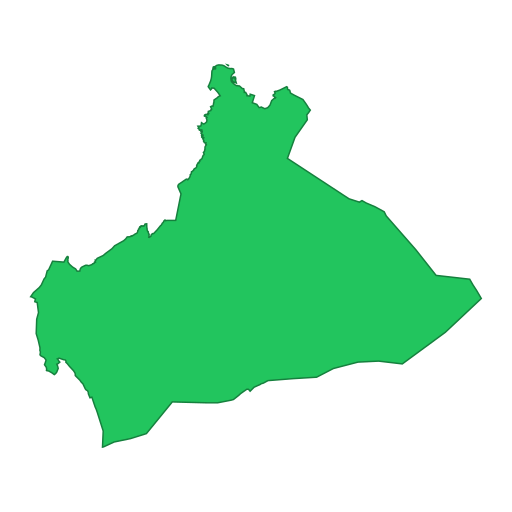 Melhus nor, Sør-Trøndelag, Norway (Albers equal-area conic projection)
{"feature_id": "86288312B97150685823203", "entity_name": "Melhus nor", "entity_type": "district", "adm_level": 2, "iso_a3": "NOR", "parent_name": "Norway", "parent_adm1": "Sør-Trøndelag", "projection": "albers", "projection_center": [10.176, 63.18], "detail": "fine", "context": "isolated", "style": "filled", "palette": "green", "viewbox_px": 512, "rotation_deg": 0, "n_neighbors": 0, "source": "geoboundaries", "source_scale": "gbopen_adm2", "svg_char_len": 5893}
<svg xmlns="http://www.w3.org/2000/svg" viewBox="0 0 512 512"><path d="M30.7,296.7L31.6,296.9L35.5,298.9L35.3,299.4L34.8,301.7L37.2,302.5L38.5,312.6L36.7,319.2L36.2,333.6L38.2,340.1L40.0,347.9L39.9,350.4L40.4,351.9L40.3,352.9L40.0,354.8L40.7,355.7L44.5,357.8L44.7,358.3L45.9,359.8L46.0,360.3L45.2,362.9L44.5,364.7L46.3,367.3L46.7,369.4L46.4,370.3L46.6,370.6L48.7,371.0L51.7,372.7L54.3,374.6L55.6,373.6L56.7,372.2L58.2,368.4L57.6,366.0L56.8,364.2L58.0,363.7L59.8,362.1L59.0,361.3L58.1,359.7L57.3,358.9L59.0,358.1L63.6,359.7L65.0,359.9L65.7,360.4L66.0,361.4L65.9,362.3L67.2,363.5L69.5,366.4L73.6,370.8L74.8,372.7L75.2,373.7L75.3,375.6L79.9,380.2L81.2,382.1L82.9,383.8L85.3,388.9L86.1,389.9L87.6,390.8L88.2,392.1L88.4,393.9L90.0,397.8L91.9,397.2L95.1,406.8L96.1,409.0L97.2,412.1L103.2,431.0L102.5,447.1L103.5,446.9L114.1,442.0L130.5,438.6L146.4,433.6L172.3,401.9L207.1,402.8L217.6,402.8L231.0,400.2L233.5,399.5L238.8,395.3L240.6,393.6L246.7,389.3L248.2,389.2L248.8,389.6L250.1,391.2L254.1,387.2L260.5,384.3L261.0,383.8L263.4,383.1L268.0,380.6L293.5,378.6L316.6,377.2L333.4,368.5L358.0,362.1L378.6,361.1L402.3,363.9L445.3,332.3L481.3,298.5L476.8,290.8L472.9,284.8L469.7,279.2L436.1,275.4L415.8,249.7L386.2,215.9L384.2,211.8L375.3,206.9L366.2,203.0L362.0,200.6L360.0,201.7L359.6,202.2L349.0,198.8L287.4,158.4L295.0,137.3L307.3,119.8L306.8,114.8L308.5,112.8L310.3,110.1L308.3,107.7L308.0,107.0L306.3,104.3L302.9,99.5L294.1,95.1L290.4,93.0L290.3,92.1L289.9,91.3L289.8,90.4L289.3,90.0L287.9,89.6L287.6,89.2L287.4,87.2L286.6,86.7L280.0,90.0L276.4,91.3L275.2,91.3L274.5,91.7L275.2,93.1L274.6,94.0L273.1,95.0L273.1,95.3L273.3,95.6L273.3,96.0L274.1,96.2L274.1,96.3L274.6,96.7L274.6,97.1L275.6,97.6L275.2,98.2L273.9,98.6L271.7,100.6L270.0,105.1L267.7,107.7L264.8,108.7L261.2,107.0L260.3,107.4L259.1,107.6L256.8,104.4L252.3,102.7L254.5,95.6L250.2,94.2L249.9,96.1L246.9,95.7L247.0,94.7L245.6,92.3L244.3,92.4L244.3,91.4L243.7,88.7L242.4,88.6L239.5,86.0L236.3,85.6L235.4,85.1L233.8,83.9L231.6,81.8L231.2,80.8L231.0,79.6L231.0,79.3L230.8,78.4L231.2,76.3L232.1,74.5L234.4,72.5L233.5,69.0L231.9,68.5L230.1,68.6L227.8,68.1L226.3,67.3L223.9,65.7L222.0,65.1L218.8,64.9L216.9,65.3L215.5,66.2L215.2,66.7L215.3,66.9L215.0,67.4L215.0,68.1L215.1,68.3L215.6,68.2L215.6,68.4L215.5,68.8L215.1,68.6L214.9,68.2L214.9,67.1L214.7,66.7L213.9,66.7L213.2,67.1L213.1,67.6L213.5,67.3L213.6,67.6L213.4,67.9L213.6,68.1L213.9,67.5L214.1,67.5L214.2,68.9L214.1,69.1L213.6,69.2L213.9,68.6L213.9,68.2L213.5,68.1L213.3,69.0L212.1,70.6L211.9,71.5L211.6,76.5L211.3,78.5L210.6,81.0L208.8,85.4L208.3,86.2L208.2,86.7L210.5,89.9L211.3,89.1L211.7,88.5L211.8,88.0L214.1,88.2L217.7,92.2L220.2,95.8L218.2,96.7L217.6,97.5L214.0,100.0L213.9,102.4L213.5,103.2L213.6,103.8L212.9,106.3L212.0,106.0L210.6,106.7L211.7,109.1L211.0,109.5L210.9,110.5L208.3,111.4L208.2,112.7L207.8,113.5L208.6,113.6L207.9,114.8L206.4,114.3L205.5,114.5L204.6,115.0L204.4,115.4L204.4,116.1L204.6,116.2L205.4,116.0L206.7,117.1L206.4,117.5L206.8,117.6L206.3,118.2L206.3,118.4L207.0,120.0L206.5,122.1L204.5,123.7L203.5,124.0L201.5,122.7L201.1,125.2L200.7,126.1L197.9,126.2L198.3,127.0L198.9,127.6L198.8,127.9L198.2,128.4L199.3,129.4L199.4,129.6L199.4,130.1L200.1,130.3L200.9,129.7L201.9,130.0L201.9,130.3L201.1,130.7L201.0,131.3L202.2,131.4L202.3,131.6L202.2,132.1L201.9,132.6L200.9,133.1L201.8,134.2L202.5,134.7L201.6,135.1L201.5,135.4L201.6,135.7L202.3,135.7L202.6,135.4L203.1,135.9L202.6,136.5L201.8,136.8L201.7,137.1L202.0,137.4L203.1,137.6L202.6,138.1L202.7,138.3L203.6,138.2L203.1,139.3L203.1,139.6L203.7,140.2L203.7,140.8L203.9,141.0L203.6,141.3L204.5,142.8L206.0,142.8L205.7,144.2L206.4,144.6L206.4,144.8L205.9,145.4L205.1,146.7L204.9,148.3L205.2,149.0L204.7,149.8L204.5,151.4L203.4,152.4L204.2,154.3L204.1,154.6L203.4,155.1L203.0,155.7L202.5,156.9L202.4,157.5L201.9,158.8L201.2,159.1L200.9,159.7L200.1,160.0L200.0,160.4L199.7,160.6L199.9,161.1L199.4,161.9L198.8,162.1L198.8,162.9L198.1,162.8L198.0,163.4L197.6,163.7L196.8,165.1L196.9,165.5L196.6,165.9L196.8,166.5L196.5,167.1L195.6,168.2L194.5,168.6L193.8,169.4L193.8,169.9L193.5,170.4L193.1,170.5L192.4,171.4L191.5,171.7L191.4,172.0L191.5,172.5L191.2,173.4L191.2,173.9L190.2,174.8L190.3,175.7L190.0,176.6L189.3,177.9L188.3,179.3L187.9,179.3L187.7,179.7L186.9,179.1L186.2,179.2L178.7,184.3L178.0,185.4L177.9,186.8L181.0,193.9L175.7,220.4L167.0,220.4L165.6,220.7L165.0,220.0L163.7,221.2L163.4,222.3L162.2,223.3L161.8,224.3L161.1,225.3L160.5,225.7L157.2,229.8L153.6,233.6L152.6,233.6L152.2,234.1L151.7,234.2L151.1,235.1L151.0,236.1L149.3,237.4L148.8,237.3L149.0,236.3L149.1,234.3L148.7,234.0L148.7,233.4L148.2,232.6L148.2,231.6L147.6,231.3L147.1,229.7L147.1,228.8L146.8,227.2L146.7,223.8L145.1,224.0L144.7,224.7L144.8,224.9L143.8,226.2L143.4,226.2L143.0,225.8L142.0,226.3L141.7,225.8L141.0,225.9L140.5,226.5L140.3,227.3L139.7,227.0L139.0,228.7L138.7,229.0L138.8,229.1L138.3,230.1L137.8,230.5L137.8,231.2L137.7,231.7L136.9,233.2L135.1,234.0L133.2,235.4L131.4,235.9L131.6,236.2L129.4,236.8L127.2,236.9L125.8,238.8L123.7,240.7L114.7,245.7L112.0,248.7L105.5,253.5L103.2,255.5L97.3,258.3L95.8,260.1L95.6,260.6L95.3,260.4L95.3,261.4L95.1,261.9L95.2,262.1L94.6,262.0L94.3,262.3L94.3,263.1L93.6,263.6L92.6,263.8L91.9,264.6L88.7,265.7L86.9,265.2L85.5,265.3L81.8,267.1L80.7,268.2L80.2,269.2L79.8,271.1L77.1,271.2L75.6,268.9L72.5,267.0L69.5,264.3L68.2,262.4L67.8,261.6L68.0,260.5L67.8,259.5L68.2,258.0L68.2,257.1L67.9,256.6L67.3,256.5L66.5,257.4L63.9,262.1L52.6,261.2L48.6,269.9L47.2,270.8L45.6,277.1L44.1,278.9L41.3,285.0L39.2,287.6L33.5,292.6L30.7,296.7ZM235.4,77.2L234.8,77.3L233.9,76.8L233.4,77.9L233.1,78.0L233.0,77.8L232.7,78.2L233.0,77.5L232.8,77.1L232.8,76.6L232.7,77.3L232.1,78.3L232.1,79.7L232.3,80.6L233.4,81.9L233.9,82.2L233.7,82.1L233.8,82.2L234.0,82.3L234.1,82.0L236.3,83.0L234.9,78.2L235.7,78.5L235.4,77.2ZM227.4,64.9L228.1,65.6L229.0,65.7L227.8,65.0L227.4,64.9Z" fill="#22c55e" stroke="#15803d" stroke-width="1.5"/></svg>